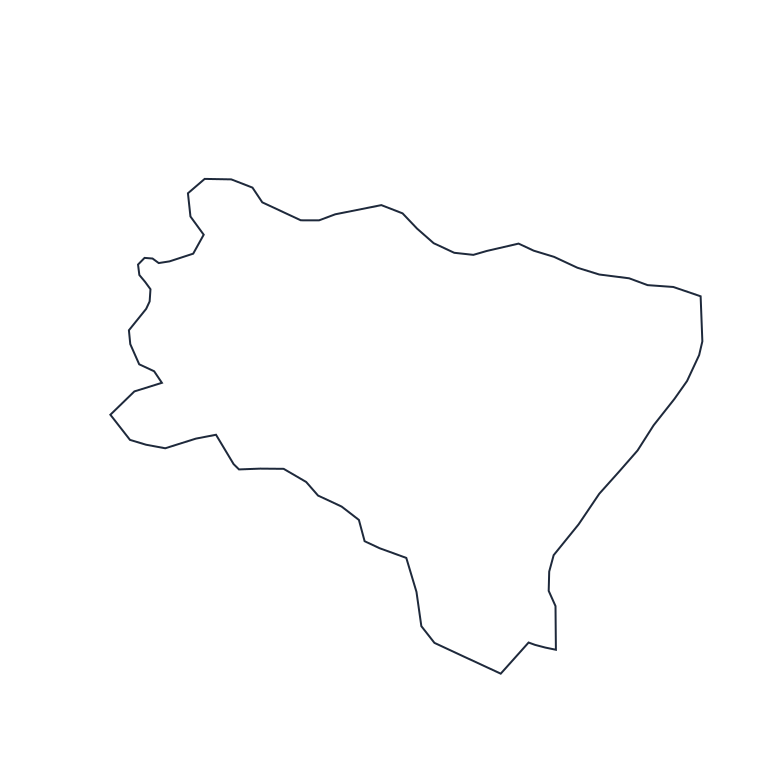 Yanggu-gun, Gangwon, South Korea (Natural Earth projection), rotated 115°
{"feature_id": "91817680B23922363914919", "entity_name": "Yanggu-gun", "entity_type": "district", "adm_level": 2, "iso_a3": "KOR", "parent_name": "South Korea", "parent_adm1": "Gangwon", "projection": "natural_earth1", "projection_center": [128.002, 38.166], "detail": "fine", "context": "isolated", "style": "outline", "palette": "slate", "viewbox_px": 768, "rotation_deg": 115, "n_neighbors": 0, "source": "geoboundaries", "source_scale": "gbopen_adm2", "svg_char_len": 1198}
<svg xmlns="http://www.w3.org/2000/svg" viewBox="0 0 768 768"><g transform="rotate(115 384 384)"><path d="M552.2,115.9L512.8,134.7L501.9,147.3L484.2,155.0L467.4,157.9L428.9,148.3L392.4,142.5L363.7,133.8L337.1,126.1L307.5,122.2L274.9,114.5L253.2,110.6L224.6,110.6L210.8,113.5L170.7,134.1L173.8,162.8L183.0,186.9L184.6,206.5L193.8,235.2L196.9,257.9L196.9,283.6L199.9,304.7L199.9,321.4L220.0,347.1L229.2,357.6L235.4,375.8L235.4,398.5L229.2,419.7L221.5,439.3L223.0,462.0L250.8,499.9L263.1,512.0L270.8,528.6L270.8,548.3L270.8,571.1L261.6,586.2L261.8,589.4L263.1,608.9L273.9,633.2L294.0,642.3L314.0,630.2L324.9,610.5L346.5,612.0L363.5,630.2L369.6,639.3L368.1,646.8L370.9,654.3L379.7,657.4L388.6,651.8L392.4,643.7L396.8,635.7L408.2,631.3L416.4,631.3L443.1,637.9L455.1,630.8L469.6,614.2L469.6,597.7L476.8,585.8L496.2,607.1L527.5,619.0L542.0,590.6L539.6,574.0L534.7,555.1L513.0,531.4L501.0,514.8L520.2,486.4L522.7,479.3L513.0,460.4L503.3,439.1L505.7,413.1L513.0,396.6L513.0,370.6L517.8,349.3L534.7,335.1L534.7,318.6L532.2,290.3L558.7,266.7L587.7,247.8L597.3,228.9L597.3,195.9L597.2,155.8L571.8,148.1L557.2,143.7L556.6,136.9L554.7,126.4L552.2,115.9Z" fill="none" stroke="#1e293b" stroke-width="2"/></g></svg>